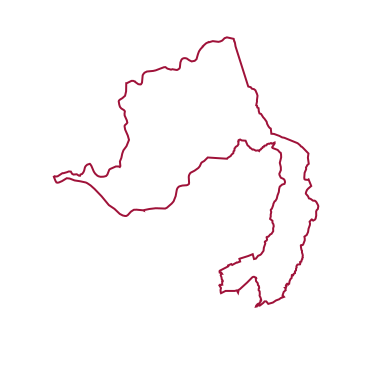 Barranco De Loba, Bolívar, Colombia (Natural Earth projection), rotated 338°
{"feature_id": "7082276B19488322706290", "entity_name": "Barranco De Loba", "entity_type": "district", "adm_level": 2, "iso_a3": "COL", "parent_name": "Colombia", "parent_adm1": "Bolívar", "projection": "natural_earth1", "projection_center": [-74.141, 8.804], "detail": "fine", "context": "isolated", "style": "outline", "palette": "rose", "viewbox_px": 384, "rotation_deg": 338, "n_neighbors": 0, "source": "geoboundaries", "source_scale": "gbopen_adm2", "svg_char_len": 6071}
<svg xmlns="http://www.w3.org/2000/svg" viewBox="0 0 384 384"><g transform="rotate(338 192 192)"><path d="M208.3,322.2L209.3,322.4L210.4,321.1L210.7,321.7L211.8,322.6L212.5,322.7L216.7,321.5L218.3,320.6L219.9,321.3L220.8,324.3L225.6,324.8L229.3,324.0L232.7,324.1L234.5,323.6L238.0,323.7L237.7,322.8L236.8,322.9L237.3,321.7L239.6,319.0L242.1,318.1L242.1,317.5L242.7,316.7L242.4,315.7L243.2,315.9L243.6,315.3L244.0,315.1L244.2,314.9L244.0,313.9L244.9,313.1L245.9,312.7L246.2,312.9L246.0,313.6L246.2,313.8L246.5,313.4L247.7,313.5L249.0,311.3L250.6,309.7L252.1,309.1L253.5,306.4L253.8,306.4L254.0,307.2L254.4,307.2L255.9,305.9L257.1,305.8L257.7,304.2L259.1,303.6L259.8,301.9L260.8,301.1L260.9,300.2L261.4,299.6L262.6,298.8L265.1,299.5L265.7,298.7L265.9,297.5L267.3,297.5L267.9,296.4L269.0,295.7L269.3,294.8L270.2,294.3L270.3,293.4L270.9,292.5L271.2,291.1L271.3,289.3L272.0,287.6L271.8,286.7L272.3,284.2L272.9,282.3L273.4,282.1L274.4,282.6L275.3,282.4L278.4,279.1L279.1,277.4L279.5,275.5L282.3,274.8L284.6,272.6L286.3,269.7L288.9,266.8L289.6,265.5L289.9,263.6L292.5,262.3L292.8,262.3L293.6,263.9L295.5,263.7L296.6,263.0L298.3,260.5L299.8,256.6L300.7,255.6L302.3,254.9L303.8,252.5L303.9,251.5L303.6,248.3L303.2,247.0L302.5,246.0L301.0,245.4L299.3,242.7L298.0,241.7L298.0,239.5L296.9,236.2L297.5,235.1L299.2,233.3L300.9,232.4L304.8,231.1L304.8,224.0L304.0,224.2L301.5,222.9L301.1,222.2L301.4,220.9L303.6,216.4L306.4,213.6L306.9,211.9L308.1,211.1L308.7,210.4L310.8,209.6L312.3,203.6L314.4,199.9L311.4,192.5L310.7,191.1L310.0,190.4L309.8,189.3L308.2,186.3L297.9,176.3L296.0,175.1L294.1,172.8L289.8,168.9L287.4,167.7L288.8,162.7L288.0,161.6L287.5,159.9L287.2,157.1L287.5,154.7L286.6,151.0L286.0,149.5L285.3,145.6L284.0,144.4L284.2,142.1L285.1,139.2L284.2,138.1L284.6,136.6L284.0,135.7L286.2,132.4L286.5,131.4L288.8,127.3L289.0,125.3L288.9,121.5L288.1,120.0L286.2,118.6L285.7,116.8L283.7,115.3L283.7,114.7L286.9,73.3L287.7,69.8L287.8,68.3L287.6,68.2L288.0,65.6L282.3,61.7L279.8,61.6L276.8,62.9L274.7,63.0L272.8,62.7L267.8,59.9L263.7,59.5L263.6,59.2L260.8,59.4L256.6,60.9L256.7,61.2L253.6,62.6L251.2,64.2L249.1,66.5L246.0,70.5L243.6,71.4L240.6,70.8L238.8,68.8L237.1,66.2L235.6,65.2L234.1,64.8L232.9,64.9L231.8,65.4L229.8,67.5L227.4,72.0L226.6,72.8L224.3,73.3L223.3,73.0L219.8,70.8L218.4,70.7L215.4,68.4L214.2,66.3L212.7,65.8L203.9,65.6L201.4,65.2L195.3,63.4L192.7,63.6L191.3,64.3L190.0,65.3L186.6,71.9L185.1,73.0L184.3,72.9L182.6,71.9L180.5,68.6L180.6,68.3L179.2,67.0L177.5,66.3L172.3,66.7L171.8,66.5L168.6,74.0L166.0,77.7L162.6,78.9L159.6,79.4L158.5,79.9L158.0,80.5L157.3,83.7L157.1,86.0L157.7,88.0L159.6,90.6L160.0,92.0L158.8,94.1L158.2,95.9L158.4,101.1L158.0,103.5L157.0,104.1L154.9,104.9L154.3,105.4L154.0,106.1L153.4,109.1L153.6,115.6L153.1,120.1L148.4,125.0L144.0,127.7L141.7,130.3L139.3,133.9L136.6,136.7L135.3,141.1L134.4,141.8L133.5,140.8L131.0,139.8L124.8,140.0L123.7,140.3L120.0,144.2L118.3,145.0L115.9,144.7L113.0,143.7L111.2,142.4L110.3,141.3L109.1,138.7L108.6,136.3L108.5,130.2L108.1,128.2L107.8,127.6L105.1,127.4L103.2,128.1L102.0,129.0L100.0,131.8L98.5,133.2L96.8,134.1L95.2,134.0L94.2,135.0L93.2,134.4L91.8,132.4L88.6,131.4L87.6,130.1L87.3,127.7L85.5,126.8L83.5,126.8L79.9,126.4L78.9,126.0L73.3,127.1L71.6,126.7L70.5,125.9L69.6,126.1L69.6,130.6L69.9,132.4L70.8,133.0L72.1,133.3L75.6,133.2L81.0,132.3L83.6,133.7L87.5,137.3L92.4,140.2L97.1,143.4L98.2,144.6L100.5,148.0L102.8,152.7L106.6,162.2L110.0,173.0L113.8,178.6L116.8,185.2L119.0,187.8L121.0,189.2L122.2,189.6L123.7,189.4L128.1,187.3L131.4,186.7L133.9,187.6L139.7,190.6L140.2,191.1L140.2,190.7L146.2,191.8L152.4,193.5L160.9,197.3L162.8,197.2L168.9,195.1L171.4,193.8L175.3,189.7L178.7,184.3L179.6,183.3L180.6,182.6L181.9,182.1L183.0,182.1L185.5,182.4L189.5,183.7L190.6,183.8L192.1,183.4L192.7,182.5L194.6,176.9L195.4,175.5L197.0,174.1L198.1,173.6L202.3,173.2L206.9,172.1L208.9,171.0L211.4,168.6L212.3,168.2L215.0,167.8L219.5,165.9L237.0,174.3L237.7,173.8L241.4,173.1L242.8,172.1L244.8,171.5L245.8,169.8L246.8,169.5L247.8,167.5L248.7,167.2L249.4,166.5L251.4,166.2L253.0,165.1L253.3,163.8L253.8,163.2L253.8,162.4L254.4,162.2L254.5,161.5L255.1,161.3L256.3,161.4L257.4,162.8L260.9,164.5L261.0,169.5L262.2,171.7L262.3,172.7L263.2,173.8L263.9,175.3L265.0,175.6L266.7,177.6L269.0,178.2L269.6,179.2L270.7,178.4L271.9,178.3L272.5,177.7L273.7,177.6L274.5,176.8L275.9,176.9L276.1,176.4L276.6,176.2L278.5,176.6L279.5,175.8L281.2,175.9L281.7,176.3L283.6,176.2L284.2,177.1L284.7,177.2L287.1,177.1L286.8,178.0L283.1,180.5L283.2,181.4L287.2,185.1L288.3,188.2L288.9,188.8L288.7,190.3L287.7,193.2L284.3,197.9L283.7,202.1L282.6,205.0L279.8,207.8L279.5,208.9L279.7,212.0L281.7,214.1L282.2,215.1L282.2,216.6L281.9,217.8L280.8,219.1L278.3,218.9L275.4,219.9L274.0,221.7L272.5,224.5L270.0,227.2L268.0,230.0L266.0,231.5L265.1,231.6L263.1,233.4L262.2,234.8L259.8,237.4L258.5,237.9L258.1,238.7L258.0,240.2L256.4,242.6L255.9,244.1L254.3,246.2L255.8,248.8L255.1,250.6L255.4,252.3L255.0,254.3L253.6,256.1L252.6,258.8L250.0,260.6L248.8,260.6L246.1,262.0L244.7,261.7L244.2,261.9L243.8,264.2L243.1,264.9L241.0,265.3L240.7,265.8L240.8,266.9L240.5,267.4L237.8,270.5L236.3,273.3L232.7,275.6L231.5,275.9L229.4,275.9L226.3,277.7L224.4,277.4L225.0,272.4L220.1,272.4L211.2,271.7L210.9,271.7L210.6,274.5L207.3,274.4L207.1,274.1L201.9,274.7L201.4,273.5L197.9,273.6L197.8,274.5L188.2,275.4L187.7,276.1L187.5,277.1L188.9,277.6L189.2,279.1L188.4,278.8L187.4,280.0L187.4,282.1L186.9,284.2L187.3,285.5L187.2,286.0L186.6,285.9L186.3,286.4L186.3,287.0L185.3,288.8L185.3,289.3L183.9,289.1L183.3,288.5L182.4,288.8L182.9,291.9L181.7,293.6L181.0,296.0L181.0,296.7L186.1,296.3L194.4,299.7L196.7,300.0L197.0,302.6L198.6,300.2L200.0,300.0L209.2,296.6L215.9,293.7L216.7,293.6L217.7,293.8L219.3,295.5L219.3,296.0L218.7,296.1L218.0,298.7L218.8,301.2L218.3,302.9L218.7,303.9L218.6,305.2L218.3,306.2L217.6,306.7L217.0,308.0L217.5,309.4L216.6,312.1L215.9,313.2L215.8,314.6L216.0,315.1L215.8,317.6L215.1,318.0L215.3,318.7L214.7,318.8L214.4,319.5L213.5,319.8L212.8,320.8L211.6,320.4L210.5,320.7L209.0,321.4L208.3,322.2Z" fill="none" stroke="#9f1239" stroke-width="2"/></g></svg>